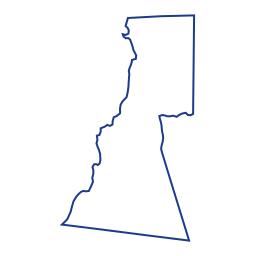 the district of Igarapé Grande, Maranhão, Brazil
{"feature_id": "56859067B222723786922", "entity_name": "Igarapé Grande", "entity_type": "district", "adm_level": 2, "iso_a3": "BRA", "parent_name": "Brazil", "parent_adm1": "Maranhão", "projection": "equal_earth", "projection_center": [-44.85, -4.583], "detail": "fine", "context": "isolated", "style": "outline", "palette": "blue", "viewbox_px": 256, "rotation_deg": 0, "n_neighbors": 0, "source": "geoboundaries", "source_scale": "gbopen_adm2", "svg_char_len": 1305}
<svg xmlns="http://www.w3.org/2000/svg" viewBox="0 0 256 256"><path d="M193.1,114.0L194.1,15.4L170.3,16.0L161.4,16.2L127.9,18.0L126.6,22.5L125.6,25.9L127.7,28.0L128.8,30.6L128.4,33.6L125.6,35.0L122.8,34.2L123.5,36.5L125.8,38.3L128.4,38.1L130.1,39.6L132.3,45.6L133.4,50.0L136.2,55.4L135.8,58.9L132.0,59.9L131.6,62.6L130.9,65.0L129.5,68.1L128.8,71.0L129.3,73.9L128.7,81.9L128.4,87.2L127.7,92.1L126.6,97.1L122.6,101.3L120.7,104.5L120.0,108.7L120.1,113.3L116.5,116.2L113.8,117.2L112.7,120.9L112.5,124.5L109.9,125.9L107.3,124.9L104.7,126.7L100.7,128.3L100.7,131.5L99.4,135.0L96.9,135.7L97.4,139.9L96.5,143.4L97.6,146.8L98.8,149.6L100.1,153.9L100.4,160.2L99.6,163.5L97.9,165.0L96.0,164.1L94.0,164.4L92.5,167.1L93.4,170.2L93.3,174.0L92.3,177.7L93.0,181.7L90.9,186.7L88.8,191.0L86.0,191.3L83.3,191.0L81.1,191.8L78.4,194.2L76.3,196.7L73.5,201.3L71.6,207.9L70.6,212.0L67.3,219.2L64.8,221.8L61.9,224.6L75.9,226.3L123.4,232.3L149.9,235.7L152.2,236.0L189.1,240.6L171.6,183.9L162.2,153.1L161.1,148.9L161.6,145.6L162.7,141.4L163.2,138.0L162.8,134.5L162.0,131.1L161.7,127.6L161.4,124.5L160.6,121.2L159.8,118.6L159.4,116.0L162.4,115.0L165.0,115.5L166.9,116.2L169.9,116.3L173.2,115.7L176.7,116.8L179.1,115.0L182.6,113.4L185.7,112.8L187.9,115.0L190.4,115.2L193.1,114.0Z" fill="none" stroke="#1e3a8a" stroke-width="2"/></svg>